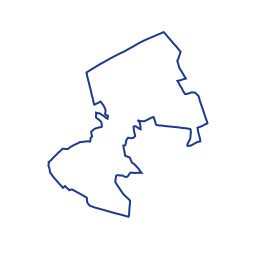 Al-Nasiriya, Dhi-Qar, Iraq, rotated 141°
{"feature_id": "34846034B33180945258667", "entity_name": "Al-Nasiriya", "entity_type": "district", "adm_level": 2, "iso_a3": "IRQ", "parent_name": "Iraq", "parent_adm1": "Dhi-Qar", "projection": "equal_earth", "projection_center": [46.263, 31.12], "detail": "fine", "context": "isolated", "style": "outline", "palette": "blue", "viewbox_px": 256, "rotation_deg": 141, "n_neighbors": 0, "source": "geoboundaries", "source_scale": "gbopen_adm2", "svg_char_len": 4077}
<svg xmlns="http://www.w3.org/2000/svg" viewBox="0 0 256 256"><g transform="rotate(141 128 128)"><path d="M216.1,122.4L213.5,122.5L213.2,119.3L212.8,118.2L212.8,116.6L210.2,115.6L204.8,102.4L203.9,99.8L206.6,95.7L206.6,91.7L203.9,87.2L199.4,80.9L191.8,70.1L187.1,63.9L186.4,62.8L184.7,60.4L183.5,58.7L181.9,59.8L179.8,62.0L178.1,64.0L176.0,66.1L174.2,67.9L172.1,70.4L172.4,73.4L172.9,76.7L173.2,79.0L173.1,81.8L172.8,84.9L172.5,87.7L172.3,90.7L171.9,94.0L170.2,95.7L168.7,97.1L167.2,98.4L165.4,97.7L164.4,96.4L162.4,94.8L161.1,92.1L159.9,90.7L157.7,90.8L155.5,91.6L153.8,91.6L152.4,90.1L150.6,88.4L148.4,87.0L146.8,85.5L145.7,84.6L145.7,87.4L145.4,89.2L145.5,91.4L145.6,92.6L145.7,93.7L145.9,96.3L146.6,97.8L146.6,99.2L146.0,101.2L145.2,104.0L146.1,105.5L146.5,105.9L147.0,107.2L147.5,107.7L147.6,108.4L146.7,109.9L145.7,111.8L144.8,113.5L143.8,115.5L142.6,117.3L141.1,116.3L139.4,117.4L137.3,119.4L135.5,120.0L134.0,120.4L133.0,119.1L131.5,117.7L129.7,116.9L127.5,117.2L126.6,119.0L125.5,121.4L124.5,123.1L122.8,125.6L121.5,125.0L120.9,124.6L120.2,122.3L119.7,120.2L119.0,119.1L117.3,121.5L115.7,124.3L115.5,126.3L115.7,128.0L114.1,125.7L112.4,124.1L111.1,123.0L107.9,122.2L104.9,121.6L102.8,121.1L101.7,120.7L101.2,120.1L102.1,117.9L102.9,115.8L103.8,113.7L104.1,112.7L102.3,110.4L100.2,108.7L98.6,106.8L96.7,104.9L95.0,103.3L93.2,101.5L91.5,99.8L90.0,98.4L87.9,96.2L85.9,94.0L83.6,91.8L82.1,90.1L80.8,88.7L80.3,88.0L80.5,87.0L82.2,84.7L84.1,82.9L85.7,81.1L87.2,80.1L89.9,79.0L92.2,77.9L93.0,76.6L90.5,74.9L88.3,74.4L85.2,73.9L82.9,73.4L80.2,72.1L78.6,74.7L77.3,77.8L75.5,81.5L73.8,84.5L70.9,83.4L68.7,82.8L63.3,81.7L62.7,82.9L62.2,84.4L60.6,89.0L58.3,94.9L57.1,98.3L56.5,99.9L55.2,103.4L53.7,106.9L53.1,108.3L53.1,109.2L53.3,110.4L53.5,112.6L53.7,113.5L54.9,114.4L55.5,115.1L56.1,115.7L57.3,116.0L60.0,117.1L61.2,117.6L62.2,118.4L62.2,119.7L61.9,122.2L61.2,124.9L61.0,127.3L60.4,130.6L59.9,133.5L57.6,132.3L53.9,130.9L51.9,130.0L51.7,132.1L50.9,137.6L50.2,142.7L49.7,143.9L48.7,146.0L47.4,149.3L45.9,149.8L44.0,151.1L42.5,152.0L41.3,152.7L39.2,154.1L39.2,156.7L39.2,160.5L39.5,165.3L39.5,168.6L39.7,174.3L39.8,178.7L40.0,180.2L40.7,180.3L43.4,181.0L47.2,182.2L49.0,182.6L53.0,183.8L57.6,185.1L61.0,186.0L62.0,186.2L63.3,186.5L66.1,187.1L68.2,187.4L70.4,187.8L72.5,188.1L74.5,188.4L78.3,189.1L81.0,189.6L83.2,189.9L85.2,190.5L90.6,191.7L94.8,192.6L100.5,193.6L102.6,194.0L105.1,194.4L110.1,195.3L114.7,195.9L125.3,197.3L125.5,197.0L126.1,195.6L126.8,194.5L127.5,193.0L128.1,191.8L128.8,190.4L129.5,188.6L130.3,187.0L131.2,185.1L132.0,183.5L132.7,181.7L133.4,180.3L134.0,179.3L134.7,177.7L135.4,176.4L136.3,174.3L136.7,173.2L137.4,172.0L138.2,170.4L138.9,169.0L139.5,167.4L138.9,167.0L137.9,167.0L136.9,166.7L135.9,166.4L134.4,166.1L132.8,165.9L132.7,164.6L132.9,160.7L133.2,159.4L133.6,157.8L134.2,156.0L135.2,154.9L136.7,153.6L137.1,152.9L136.6,151.5L135.9,150.2L136.4,149.6L138.1,148.1L138.7,149.9L138.9,150.7L139.2,152.0L139.7,153.7L140.3,155.5L140.8,157.2L141.6,157.9L142.7,159.3L143.2,160.0L144.3,158.5L145.3,157.5L146.3,156.1L146.1,155.3L145.7,154.0L145.2,152.0L145.1,150.1L145.5,148.3L146.3,147.1L147.5,145.5L148.2,145.5L149.6,146.4L151.4,147.2L153.3,148.0L155.1,148.4L156.1,148.5L157.1,148.3L158.0,148.3L159.0,148.2L159.4,147.7L160.0,146.6L160.7,145.2L161.3,143.9L161.7,143.9L163.0,143.8L163.5,143.6L164.2,142.9L165.1,142.0L166.0,141.3L166.7,142.0L167.4,142.7L168.1,143.2L169.0,144.1L169.9,144.5L171.1,145.2L172.2,145.9L173.5,146.7L174.3,147.4L175.6,147.5L177.4,147.9L179.2,148.4L180.9,148.8L182.7,149.1L185.0,149.5L186.5,149.5L187.2,149.5L188.1,149.5L188.8,150.2L189.3,150.7L190.0,151.3L190.7,152.0L191.2,152.5L192.0,153.1L193.3,152.8L194.3,152.9L195.8,152.6L197.2,152.8L198.7,152.5L201.1,152.3L204.5,152.0L207.5,151.5L211.2,151.4L211.3,151.4L211.4,150.9L211.6,150.5L211.9,150.3L212.4,149.8L212.9,149.5L213.4,149.1L213.7,148.2L214.0,147.3L214.7,145.6L215.7,143.9L216.0,143.3L216.3,142.9L216.6,142.4L216.6,141.8L216.6,140.8L216.7,139.1L216.8,136.8L216.7,133.5L216.6,129.6L216.3,124.8L216.1,123.0L216.1,122.4Z" fill="none" stroke="#1e3a8a" stroke-width="2"/></g></svg>